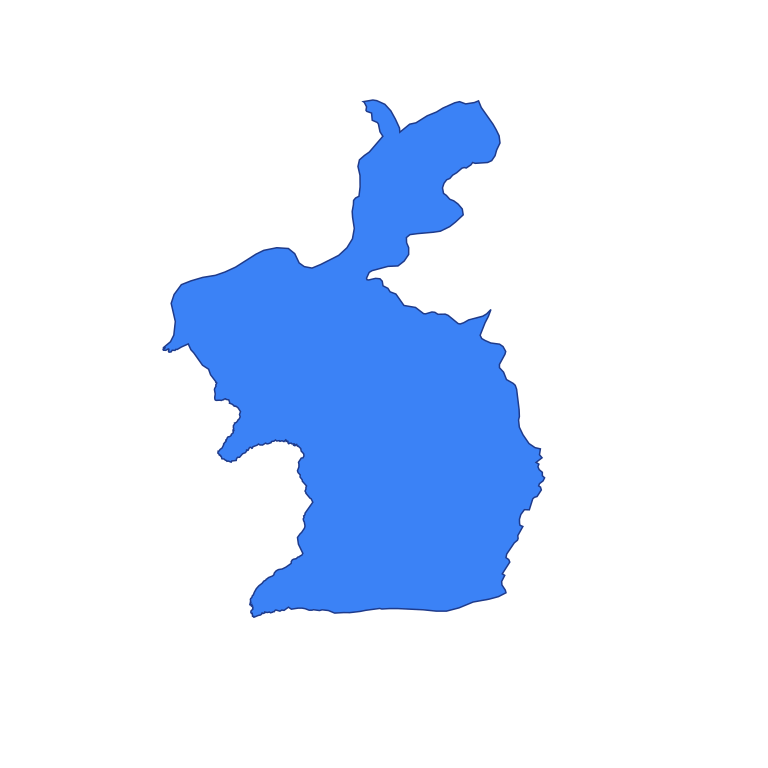 Kasangulu, Bas-Congo, Democratic Republic of the Congo, rotated 234°
{"feature_id": "63176286B98008703469616", "entity_name": "Kasangulu", "entity_type": "district", "adm_level": 2, "iso_a3": "COD", "parent_name": "Democratic Republic of the Congo", "parent_adm1": "Bas-Congo", "projection": "equal_earth", "projection_center": [15.357, -4.804], "detail": "fine", "context": "isolated", "style": "filled", "palette": "blue", "viewbox_px": 768, "rotation_deg": 234, "n_neighbors": 0, "source": "geoboundaries", "source_scale": "gbopen_adm2", "svg_char_len": 6171}
<svg xmlns="http://www.w3.org/2000/svg" viewBox="0 0 768 768"><g transform="rotate(234 384 384)"><path d="M624.6,533.2L623.5,533.6L618.5,532.8L616.0,530.3L614.7,530.3L610.5,533.2L604.3,529.5L599.5,532.3L597.7,532.3L590.4,529.0L585.1,528.7L580.3,508.5L580.4,502.5L579.8,495.9L575.3,490.8L566.9,487.2L557.5,480.5L550.6,474.1L551.2,470.3L550.4,467.3L547.0,464.6L542.3,459.7L537.4,456.6L527.3,451.4L520.0,443.8L516.0,434.1L514.7,423.0L517.9,403.0L520.1,393.9L525.8,388.5L531.8,386.5L541.9,388.4L549.8,386.3L557.3,377.3L562.8,365.3L564.3,356.8L565.8,332.6L568.1,321.1L571.0,311.5L576.8,300.0L580.9,288.5L583.5,278.5L579.8,266.8L574.3,259.2L557.2,251.9L547.1,242.7L543.7,236.1L543.1,227.3L542.5,227.6L542.3,228.2L542.0,228.2L541.8,227.4L542.2,226.1L541.6,225.4L540.9,225.5L539.5,227.3L539.2,230.1L538.8,230.4L538.4,230.3L537.2,228.9L536.1,228.8L535.1,230.6L535.8,232.5L534.0,234.7L534.4,235.9L533.5,237.0L533.0,241.9L531.5,249.2L525.2,247.9L521.0,248.4L505.8,248.2L499.1,250.8L493.4,249.1L484.6,249.3L484.3,248.9L483.1,249.3L482.1,247.3L481.0,246.8L479.9,244.4L479.1,243.5L475.1,241.6L472.7,239.2L471.2,238.3L470.2,238.1L469.4,238.6L467.3,241.8L466.3,242.7L465.9,244.5L465.5,245.0L465.7,245.5L465.4,246.9L465.1,247.2L464.4,247.1L462.4,249.1L459.8,248.3L459.3,247.7L457.3,249.1L454.7,249.9L454.3,249.7L453.2,250.7L453.2,251.1L450.7,251.9L446.0,251.7L444.2,249.1L442.0,248.4L440.9,246.4L440.7,244.5L440.3,244.1L439.7,242.0L440.2,240.3L439.9,240.3L438.7,237.5L437.3,236.7L437.0,236.0L437.0,236.3L435.9,236.0L435.7,235.2L435.3,235.1L435.4,234.7L434.8,234.3L434.5,234.8L434.1,234.0L433.2,233.4L433.0,230.8L432.3,230.3L432.1,229.2L432.3,227.9L432.9,226.8L432.7,225.8L431.7,224.2L431.7,223.2L431.2,222.8L430.8,222.9L430.3,221.9L430.4,221.1L429.7,218.9L429.2,218.8L427.4,215.4L427.4,213.1L426.6,210.2L426.9,210.1L425.8,209.0L423.9,209.3L423.2,209.0L423.0,209.5L422.2,209.8L421.7,209.4L420.8,209.7L418.8,208.9L417.5,210.4L415.5,210.9L414.6,211.6L413.8,211.5L413.2,212.7L410.6,214.4L411.2,215.6L409.0,219.5L410.1,220.6L410.8,222.3L409.6,224.1L410.7,228.6L409.9,231.6L410.9,234.0L411.3,234.0L411.3,234.4L410.4,234.7L410.3,235.3L411.4,237.2L411.5,238.5L410.8,239.1L409.6,239.3L409.5,239.7L410.3,241.1L409.1,245.3L409.2,247.2L407.6,247.8L406.0,249.9L405.8,253.4L404.3,254.2L403.7,255.3L402.9,258.2L403.5,259.0L403.5,259.5L402.4,261.4L402.5,263.3L401.0,263.7L399.7,266.0L398.8,266.1L398.2,267.8L397.7,268.4L396.2,269.2L396.6,271.7L395.5,271.9L395.0,271.2L394.1,272.5L392.8,271.7L391.6,271.9L391.7,272.7L390.6,274.2L389.9,274.2L388.9,275.0L388.5,276.1L387.1,276.4L386.9,276.1L387.5,275.4L387.4,275.0L386.4,275.6L386.4,277.8L385.2,277.4L384.4,277.6L384.4,278.0L380.8,278.7L378.4,277.6L374.7,278.0L372.8,276.9L371.9,275.1L372.7,273.5L370.9,268.8L369.2,268.1L366.9,266.4L364.7,263.0L362.8,262.4L359.7,262.8L358.1,261.4L354.5,261.5L353.4,260.8L347.0,261.4L346.4,260.2L344.8,259.0L343.8,257.2L341.7,256.9L341.5,256.6L335.2,257.0L333.9,257.6L330.2,256.9L325.9,244.2L324.8,243.3L324.5,242.5L324.5,241.5L323.1,240.9L322.3,239.3L320.4,238.5L319.4,238.5L315.5,236.6L314.1,234.9L312.3,229.9L312.2,228.4L310.7,223.8L304.7,220.6L294.7,218.8L293.8,216.8L294.2,215.3L294.0,214.0L294.6,212.6L294.3,210.3L295.4,207.9L295.6,206.4L294.9,204.6L293.6,203.7L293.4,202.8L293.5,197.0L294.2,192.8L295.8,189.8L296.1,188.4L296.2,186.5L295.5,184.0L294.4,182.8L294.2,181.0L295.3,176.7L295.1,175.1L295.3,174.1L294.8,172.9L295.2,170.9L294.4,168.3L294.3,164.2L293.5,160.5L291.7,156.6L290.1,154.2L290.2,153.3L288.9,151.4L288.8,150.1L288.3,149.3L286.1,148.1L286.1,147.7L285.6,147.9L285.0,147.1L284.9,146.2L284.4,145.8L284.1,145.8L283.4,147.2L283.0,146.5L282.3,147.1L282.1,146.3L280.5,146.8L279.7,145.9L279.0,145.7L278.6,143.1L277.7,142.1L276.3,141.9L275.9,142.6L273.3,141.1L272.6,142.0L272.0,141.6L271.7,141.9L270.7,146.1L269.7,148.4L269.8,149.9L270.4,150.5L270.0,151.2L269.4,151.4L268.9,153.0L269.6,153.5L267.7,155.3L266.8,157.3L265.6,157.7L264.9,159.6L264.9,160.6L264.3,161.2L264.9,163.0L264.7,163.7L261.4,166.3L261.2,168.4L259.6,170.1L259.6,175.5L256.3,176.7L253.2,182.7L250.8,186.0L248.5,188.2L245.0,190.5L243.3,192.9L242.9,194.2L238.6,198.7L237.7,201.2L233.4,205.9L227.7,209.4L222.8,217.0L219.1,222.0L214.1,230.9L211.6,236.3L204.9,248.7L203.3,249.9L199.0,256.6L194.1,263.3L178.3,283.0L169.6,292.7L163.5,301.1L158.8,313.1L155.2,328.0L148.1,342.7L144.7,351.6L143.4,360.0L146.0,361.0L152.1,361.3L155.1,363.1L158.2,369.2L160.9,368.1L166.0,381.1L168.7,381.7L171.8,380.6L174.3,383.3L178.9,396.0L179.2,400.2L180.2,401.7L182.7,403.1L187.1,412.6L189.7,411.0L191.5,411.7L195.0,414.1L198.0,418.0L199.8,423.7L196.8,427.6L203.7,436.9L203.9,439.1L203.0,441.7L205.8,449.0L208.6,450.0L210.7,449.2L212.0,451.2L212.1,455.7L213.7,458.8L216.7,458.2L219.5,460.2L223.5,459.2L226.6,459.9L228.1,462.2L231.2,460.9L231.4,468.5L235.4,468.2L239.6,472.4L243.7,468.8L250.6,466.3L261.3,466.6L269.5,468.1L275.8,471.7L278.1,474.4L283.8,478.2L301.8,488.2L305.8,489.4L308.5,488.9L315.6,485.7L323.3,487.7L329.3,487.0L332.0,488.9L337.0,499.4L338.8,501.6L344.3,502.3L348.3,500.9L354.4,494.5L359.7,491.4L363.3,489.8L366.9,490.4L374.1,501.7L377.3,508.1L381.4,514.3L380.4,508.3L380.8,503.8L386.1,490.2L386.7,484.5L387.8,480.9L389.3,479.5L401.9,476.2L404.5,474.6L408.7,468.6L412.1,467.3L414.1,465.1L416.3,458.9L417.6,457.4L427.4,454.5L435.8,446.3L449.8,446.5L455.0,443.1L459.1,443.4L464.0,440.9L468.2,443.0L471.5,442.6L474.4,439.3L477.2,432.7L478.4,431.5L479.9,432.1L483.0,437.6L482.7,441.0L476.8,456.4L471.3,464.7L471.6,472.6L474.3,480.1L479.8,484.1L485.0,485.3L489.3,488.2L489.6,492.8L485.9,499.6L477.8,513.1L474.5,519.4L472.7,529.6L473.0,537.0L474.3,547.5L479.6,550.2L486.0,549.7L491.2,548.1L494.8,545.8L500.0,545.3L503.2,544.2L508.3,546.6L511.1,550.5L512.4,554.7L511.6,558.1L512.6,562.3L512.2,566.9L512.8,573.9L512.0,576.1L510.4,577.5L510.2,583.1L511.1,585.9L508.9,587.5L502.3,598.0L501.4,602.4L503.4,608.0L507.1,612.7L510.8,619.5L517.1,623.0L523.8,624.2L530.2,624.9L550.5,625.2L557.5,626.9L558.6,622.5L562.6,614.7L568.0,611.1L569.9,606.6L572.6,593.9L573.2,586.3L575.6,576.6L576.5,563.4L579.1,557.5L578.4,544.8L582.0,547.0L591.5,548.9L601.0,550.1L609.8,549.1L617.5,544.7L620.3,541.9L624.6,533.2Z" fill="#3b82f6" stroke="#1e3a8a" stroke-width="1.5"/></g></svg>